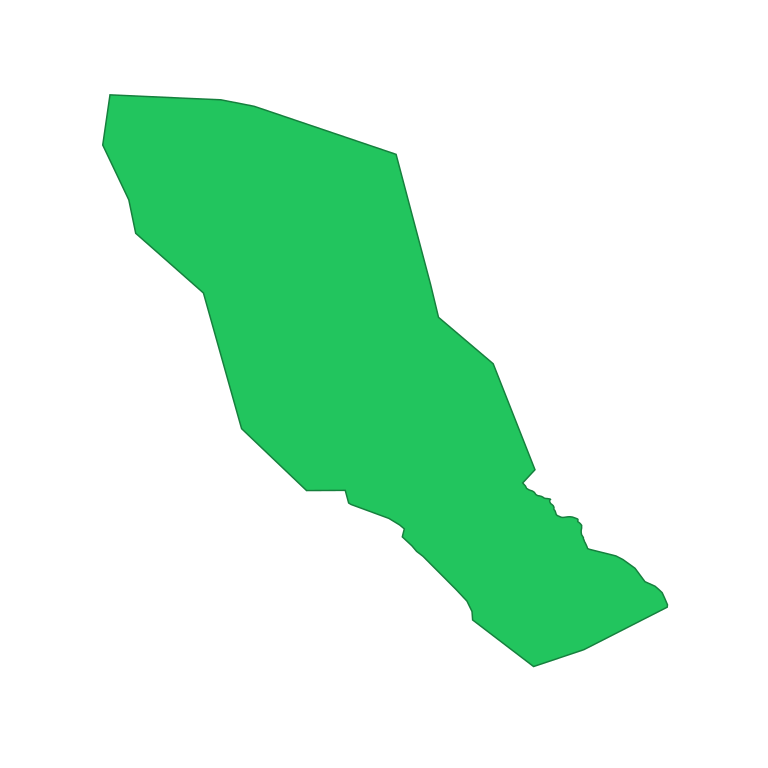 Santa María Texcatitlán, Oaxaca, Mexico (Equal Earth projection), rotated 277°
{"feature_id": "50627088B79643690823541", "entity_name": "Santa María Texcatitlán", "entity_type": "district", "adm_level": 2, "iso_a3": "MEX", "parent_name": "Mexico", "parent_adm1": "Oaxaca", "projection": "equal_earth", "projection_center": [-97.07, 17.719], "detail": "fine", "context": "isolated", "style": "filled", "palette": "green", "viewbox_px": 768, "rotation_deg": 277, "n_neighbors": 0, "source": "geoboundaries", "source_scale": "gbopen_adm2", "svg_char_len": 1620}
<svg xmlns="http://www.w3.org/2000/svg" viewBox="0 0 768 768"><g transform="rotate(277 384 384)"><path d="M121.8,566.9L144.7,614.8L197.0,692.3L199.4,692.3L205.6,688.7L210.8,685.5L213.4,682.0L216.3,677.7L219.6,667.1L231.7,655.6L238.8,642.7L241.6,635.2L245.0,607.8L245.5,606.1L246.9,605.5L248.6,604.5L250.7,603.2L252.0,602.2L253.6,601.5L254.6,600.8L255.9,600.6L256.4,600.2L257.5,599.3L258.5,598.5L260.4,597.9L262.2,597.6L263.6,597.6L264.5,597.7L265.3,597.7L266.7,597.5L267.8,597.4L268.5,596.7L269.2,596.0L270.1,594.8L270.6,593.9L271.0,593.1L271.4,593.0L272.5,593.1L273.2,593.0L273.6,592.6L274.0,591.2L274.4,589.6L274.9,587.2L274.9,584.6L274.6,582.8L274.1,580.8L273.6,579.0L273.3,577.4L273.4,575.8L274.0,574.0L274.5,572.1L275.4,570.9L276.5,570.4L278.5,569.5L279.5,568.8L280.1,568.0L280.8,567.8L282.0,567.8L283.1,567.3L283.9,566.7L284.9,565.3L285.5,564.2L286.7,563.2L287.5,562.8L288.6,562.6L289.3,562.9L289.6,563.3L290.0,563.0L290.1,562.5L290.1,561.8L290.2,560.1L290.1,558.5L290.2,557.1L291.0,555.6L291.6,554.0L291.9,551.9L291.9,550.4L292.3,549.2L292.7,548.4L293.1,547.9L294.4,546.8L295.2,545.8L296.0,543.9L296.2,542.5L296.7,540.6L297.8,538.2L299.9,536.9L302.7,533.7L317.3,544.3L417.4,489.9L456.8,430.0L488.5,418.1L552.2,392.5L613.4,368.0L643.8,221.3L646.2,187.4L643.2,149.5L637.6,76.8L586.9,75.7L558.0,94.1L535.6,108.3L503.3,119.2L482.6,149.5L452.3,193.7L322.3,248.1L268.8,320.1L273.7,358.5L261.6,363.4L260.4,366.0L251.2,405.2L246.0,416.7L242.7,421.8L234.5,420.8L226.8,431.4L221.8,436.8L217.8,443.6L188.8,480.6L178.6,492.8L168.9,499.1L160.6,500.7L121.8,566.9Z" fill="#22c55e" stroke="#15803d" stroke-width="1.5"/></g></svg>